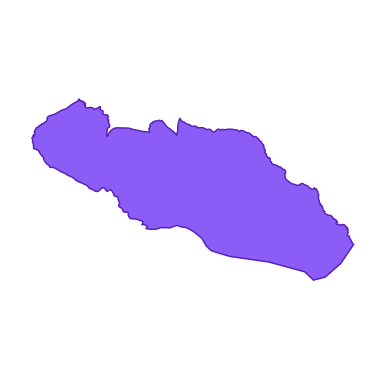 Bolga East, Upper East, Ghana, rotated 249°
{"feature_id": "2480657B19171272300465", "entity_name": "Bolga East", "entity_type": "district", "adm_level": 2, "iso_a3": "GHA", "parent_name": "Ghana", "parent_adm1": "Upper East", "projection": "mercator", "projection_center": [-0.786, 10.803], "detail": "fine", "context": "isolated", "style": "filled", "palette": "violet", "viewbox_px": 384, "rotation_deg": 249, "n_neighbors": 0, "source": "geoboundaries", "source_scale": "gbopen_adm2", "svg_char_len": 6076}
<svg xmlns="http://www.w3.org/2000/svg" viewBox="0 0 384 384"><g transform="rotate(249 192 192)"><path d="M85.1,324.1L86.0,323.6L86.9,323.4L88.0,323.4L90.6,323.0L91.3,322.8L92.4,322.7L93.1,322.7L93.2,322.9L94.2,323.0L95.4,321.9L96.5,321.8L96.8,321.9L98.0,323.2L98.5,323.0L99.5,323.6L101.2,324.2L101.6,323.2L102.0,323.4L102.8,324.1L103.3,324.2L103.8,323.5L104.5,323.4L104.9,322.9L105.2,322.7L105.9,323.0L106.2,322.9L106.7,322.2L107.0,322.1L107.1,321.3L107.8,320.8L107.9,319.6L107.7,318.9L108.0,318.1L108.9,317.7L109.6,316.4L109.7,315.8L110.0,315.6L110.3,315.4L111.2,315.2L111.4,315.5L111.4,316.7L111.6,317.0L111.9,317.1L112.7,316.9L113.4,316.5L114.6,316.3L115.7,315.2L116.5,314.5L117.2,314.2L118.3,314.2L119.1,313.6L120.1,313.4L121.2,311.5L122.2,310.3L124.4,308.4L125.0,308.1L125.3,308.1L125.6,308.3L126.0,309.0L126.8,308.6L127.6,307.9L129.3,308.2L130.4,308.2L132.0,308.5L132.7,308.1L133.5,308.0L133.8,307.8L133.9,307.4L134.3,307.6L134.7,307.3L134.8,307.5L135.3,307.5L136.9,307.2L138.3,307.6L140.3,307.6L141.8,308.3L142.6,308.4L143.7,309.2L144.0,309.3L144.5,309.4L145.2,309.1L145.8,309.0L147.2,309.6L149.0,309.2L150.2,309.2L150.8,308.6L151.3,307.7L151.6,307.4L151.9,307.4L151.0,306.4L151.0,306.0L151.5,305.1L153.5,303.3L154.8,302.8L156.5,301.9L158.5,299.6L159.6,298.9L160.4,298.1L160.6,297.2L160.6,296.7L160.0,294.3L160.7,292.4L161.1,291.7L162.3,290.8L162.8,289.6L164.3,287.9L165.9,286.6L167.1,286.2L167.6,285.7L171.1,284.0L172.4,284.5L173.4,284.2L174.4,284.7L176.2,286.1L177.0,286.5L178.0,286.8L179.0,286.7L179.5,286.4L181.3,284.6L182.1,284.2L182.9,284.0L183.9,283.0L184.4,282.2L185.4,281.6L187.0,280.0L187.7,278.9L189.2,277.2L190.1,276.7L191.5,276.8L191.9,276.7L192.7,276.1L193.2,276.1L194.1,276.7L195.9,276.8L196.5,275.5L199.3,274.6L200.5,274.9L201.1,274.9L201.5,274.6L202.7,274.1L203.4,274.3L204.0,275.0L204.8,275.4L205.3,275.4L206.3,274.8L206.6,274.8L208.0,275.4L209.3,275.3L210.3,275.7L211.6,274.9L214.5,274.5L215.4,273.6L216.1,273.3L217.6,273.3L217.9,273.1L218.6,272.3L218.9,272.1L219.7,272.1L220.2,271.9L220.9,271.2L221.6,269.3L224.1,267.9L224.5,267.5L225.9,267.1L226.2,266.9L227.0,265.8L227.4,264.9L228.7,263.6L229.2,263.0L230.8,261.7L231.9,260.1L231.9,259.2L231.5,257.9L232.4,257.2L233.1,256.9L234.2,255.8L234.6,254.1L235.6,253.0L237.1,249.9L238.2,246.2L238.3,245.0L239.6,242.7L239.6,241.6L239.8,240.6L240.8,240.0L241.0,239.6L241.2,239.1L241.2,237.9L240.9,236.7L239.9,234.5L240.0,233.7L241.1,232.8L243.2,231.9L244.0,231.3L244.2,230.5L244.7,229.9L244.9,228.3L245.1,228.0L245.8,227.5L247.9,225.5L249.0,223.2L249.8,220.5L251.3,219.8L251.6,219.2L252.5,218.5L252.6,217.3L253.2,216.1L253.6,215.7L254.2,214.4L255.0,214.2L255.7,213.9L256.1,213.4L257.2,211.5L258.4,210.6L259.9,210.0L261.2,208.3L262.0,207.8L262.9,207.7L264.9,207.0L262.8,205.0L258.8,202.4L254.3,200.6L250.6,198.1L252.8,197.4L255.4,196.0L259.0,194.0L260.6,192.6L262.6,191.6L264.6,191.0L266.0,190.9L267.0,190.4L269.3,189.6L269.3,188.4L269.6,188.1L270.4,187.7L270.8,186.2L270.7,185.6L270.9,184.6L271.3,183.8L271.5,182.0L271.2,181.4L271.3,180.4L271.0,180.1L270.6,177.9L269.1,176.4L268.2,176.6L267.8,175.9L267.1,175.3L266.7,174.6L265.9,174.2L264.1,174.0L263.1,173.7L266.3,167.5L267.5,165.6L269.0,163.5L271.5,159.4L273.2,157.4L274.6,155.2L277.5,148.0L278.5,145.9L279.2,143.5L279.2,140.8L278.5,138.6L277.5,136.7L276.0,134.7L274.5,133.3L274.5,132.5L277.2,133.4L278.2,134.1L280.5,135.1L281.3,135.6L281.8,136.4L282.2,138.1L282.4,138.5L283.0,138.9L284.7,139.0L285.4,139.3L286.4,138.9L287.2,138.8L287.8,139.1L288.2,139.7L288.9,140.0L289.3,140.0L289.7,139.5L290.6,139.3L290.9,139.3L291.5,140.4L292.3,140.8L293.5,140.8L294.4,140.5L294.8,139.8L294.8,139.3L295.7,137.6L296.5,137.1L297.2,136.8L298.2,137.5L299.1,137.9L299.4,137.9L300.3,137.4L300.8,136.4L301.6,136.0L302.1,136.0L303.9,136.8L304.6,136.8L304.8,136.1L303.9,134.1L304.0,133.6L304.5,132.5L304.0,131.8L304.1,130.0L305.4,130.1L306.1,129.5L306.4,128.8L306.9,128.3L307.4,127.2L307.7,126.7L307.9,124.7L309.0,123.2L309.2,122.9L309.8,122.9L311.0,123.7L311.5,122.8L311.9,122.7L312.1,122.9L312.4,123.8L313.1,124.1L313.4,124.0L313.5,123.3L313.8,123.1L314.4,123.1L314.8,123.3L315.1,123.1L315.6,122.2L315.6,121.8L316.5,121.9L316.8,121.1L317.4,120.7L317.3,120.1L317.8,119.7L318.8,120.1L319.2,119.8L318.4,118.6L317.7,117.9L317.3,114.0L316.7,110.8L316.1,108.3L314.8,104.5L315.0,99.4L313.8,91.6L314.2,85.7L313.5,83.6L312.2,83.2L310.8,82.2L310.0,81.2L309.8,79.1L309.4,78.3L309.2,77.7L309.1,77.3L309.4,76.4L309.2,75.7L308.8,75.4L308.7,73.2L307.9,72.5L307.8,72.1L308.0,71.1L307.6,70.3L307.7,70.0L307.6,69.6L307.1,69.2L306.6,68.2L305.1,67.1L304.9,66.6L304.3,66.2L303.7,66.4L303.4,66.7L302.3,66.1L302.1,65.7L302.1,64.6L301.8,64.1L301.4,64.5L301.0,64.7L300.6,64.8L300.5,62.9L299.9,62.0L298.7,62.0L297.2,61.7L296.1,61.1L293.7,61.1L289.3,59.8L288.8,60.2L288.6,60.8L287.5,61.8L286.9,62.6L285.8,63.5L281.1,64.2L277.6,65.7L275.6,65.3L273.8,65.4L271.4,66.1L269.7,66.8L267.7,68.2L266.7,68.0L265.7,68.5L264.9,70.8L263.8,72.2L260.6,74.9L259.7,75.4L254.3,80.5L252.4,81.8L248.8,85.4L247.1,86.6L245.2,87.5L243.9,88.3L242.6,89.4L239.2,93.0L236.2,95.9L234.5,96.8L232.9,97.2L231.9,97.8L230.9,99.2L229.6,100.0L229.1,101.0L228.9,101.2L227.8,101.6L226.7,103.0L226.4,104.0L226.4,105.2L227.7,108.5L227.9,110.3L227.5,111.1L226.1,111.8L223.5,112.6L222.9,113.4L223.6,115.8L222.9,116.9L222.3,117.5L219.0,118.1L216.3,118.0L214.7,120.0L213.9,120.7L212.9,120.8L211.1,120.3L208.7,120.5L207.8,120.4L206.9,119.8L206.0,118.9L205.2,118.4L204.6,118.6L203.6,119.3L202.2,120.5L201.1,120.8L199.1,120.7L198.0,121.2L197.1,122.3L196.5,124.0L195.9,124.8L195.1,125.0L193.4,124.2L190.7,124.3L189.6,124.7L188.9,125.5L188.5,126.6L187.6,128.1L187.5,129.0L186.5,130.5L182.7,134.9L181.9,135.4L181.2,135.7L179.6,133.6L179.3,133.7L179.1,135.0L178.7,135.6L177.6,136.9L176.4,137.9L176.1,137.9L175.8,137.7L175.3,137.2L175.0,136.5L174.2,136.1L172.2,139.6L170.1,145.5L169.9,150.4L166.4,158.7L166.4,165.7L163.4,169.4L161.1,173.4L158.7,175.9L154.1,179.5L145.2,184.6L136.4,186.0L130.4,188.9L126.9,193.1L118.0,204.7L99.3,238.3L77.1,268.6L66.2,273.8L64.8,285.8L72.0,305.3L85.1,324.1Z" fill="#8b5cf6" stroke="#5b21b6" stroke-width="1.5"/></g></svg>